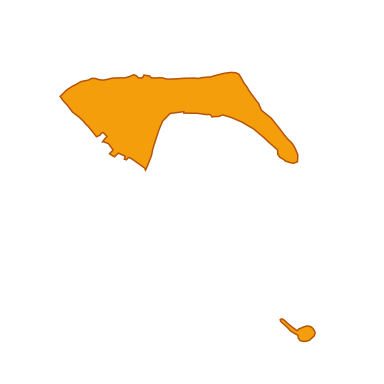 Kolovai, Tongatapu, Tonga, rotated 101°
{"feature_id": "48082658B55363984375879", "entity_name": "Kolovai", "entity_type": "district", "adm_level": 2, "iso_a3": "TON", "parent_name": "Tonga", "parent_adm1": "Tongatapu", "projection": "albers", "projection_center": [-175.316, -21.101], "detail": "fine", "context": "isolated", "style": "filled", "palette": "amber", "viewbox_px": 384, "rotation_deg": 101, "n_neighbors": 0, "source": "geoboundaries", "source_scale": "gbopen_adm2", "svg_char_len": 2193}
<svg xmlns="http://www.w3.org/2000/svg" viewBox="0 0 384 384"><g transform="rotate(101 192 192)"><path d="M179.4,241.9L178.2,241.4L169.9,239.8L163.7,238.7L157.2,238.7L146.9,237.5L137.3,236.3L128.1,234.4L119.1,228.5L118.5,226.8L117.3,223.1L114.7,215.4L116.1,215.1L113.7,201.3L113.2,192.0L112.7,190.7L112.7,188.5L114.6,186.6L113.9,185.2L113.6,183.7L112.6,179.8L110.5,176.8L110.6,175.7L111.3,168.1L113.6,157.3L114.0,155.8L115.8,150.9L117.5,146.0L118.0,144.1L124.9,131.8L128.2,126.6L129.9,123.7L134.4,116.0L138.8,114.9L141.2,112.3L142.6,108.2L142.9,107.5L143.9,106.4L144.1,103.3L144.5,101.6L144.4,97.8L143.1,95.6L142.2,94.2L135.4,95.2L129.7,98.9L125.4,102.7L121.3,108.7L118.1,112.6L112.8,118.4L104.5,128.2L98.5,139.5L92.0,143.8L91.2,145.0L87.1,149.5L83.9,153.0L80.5,156.4L79.1,157.4L77.5,159.1L75.7,161.2L69.4,166.6L67.4,168.5L66.6,171.8L67.0,175.8L68.4,180.4L69.5,183.5L73.0,191.0L75.6,195.8L76.0,197.8L77.8,203.9L79.4,207.7L79.6,210.8L80.3,214.2L81.9,221.6L83.9,228.9L85.2,234.5L86.0,237.9L85.6,242.4L85.9,245.8L86.6,247.6L87.4,251.6L87.6,253.9L86.2,255.7L86.4,261.5L88.7,262.1L89.7,263.2L90.2,266.5L88.6,268.6L87.9,271.4L90.7,275.6L92.9,280.0L93.7,284.5L95.4,291.8L98.2,298.0L99.1,300.5L99.5,304.1L99.0,308.6L99.5,312.0L101.9,315.1L104.8,322.1L107.7,325.3L111.4,330.0L116.1,334.8L120.6,337.7L123.3,339.7L126.9,335.9L128.9,333.3L131.0,330.4L136.3,324.6L140.1,317.0L143.1,312.3L145.7,309.1L147.5,306.3L152.1,300.8L156.0,296.3L153.8,293.2L151.3,292.0L150.6,290.3L150.8,290.1L153.7,286.0L156.9,288.0L159.8,289.4L159.6,288.2L160.5,283.2L165.8,277.5L170.2,280.3L171.2,277.8L172.3,274.9L167.9,271.7L169.6,264.3L172.7,264.7L172.9,262.5L170.3,261.1L170.5,258.8L171.7,255.7L172.3,254.4L177.6,242.9L179.4,241.9ZM302.3,73.7L300.2,77.0L299.6,78.5L299.4,79.3L299.6,80.2L300.5,81.1L301.9,80.4L302.9,79.0L306.5,72.9L309.4,69.1L311.0,65.4L312.4,60.7L315.2,59.8L317.2,57.6L317.4,55.8L317.3,53.4L316.8,51.7L316.4,50.7L315.5,49.0L314.5,47.9L313.6,47.4L312.4,46.3L311.0,45.4L310.2,44.7L308.3,44.3L307.0,44.3L305.7,44.7L304.4,45.7L302.6,47.6L301.6,49.7L301.4,51.7L301.6,53.7L303.1,56.6L305.0,59.3L305.9,60.9L307.6,61.8L308.0,62.4L305.4,68.2L302.3,73.7Z" fill="#f59e0b" stroke="#b45309" stroke-width="1.5"/></g></svg>